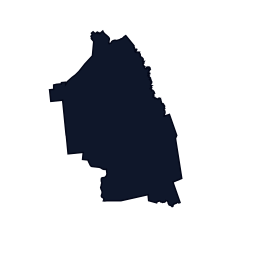 Palmerston North City, Manawatu-Wanganui, New Zealand (Albers equal-area conic projection), rotated 306°
{"feature_id": "76426892B89930780438599", "entity_name": "Palmerston North City", "entity_type": "district", "adm_level": 2, "iso_a3": "NZL", "parent_name": "New Zealand", "parent_adm1": "Manawatu-Wanganui", "projection": "albers", "projection_center": [175.702, -40.399], "detail": "fine", "context": "isolated", "style": "filled", "palette": "ink", "viewbox_px": 256, "rotation_deg": 306, "n_neighbors": 0, "source": "geoboundaries", "source_scale": "gbopen_adm2", "svg_char_len": 5676}
<svg xmlns="http://www.w3.org/2000/svg" viewBox="0 0 256 256"><g transform="rotate(306 128 128)"><path d="M54.6,150.9L55.3,152.0L56.8,153.7L65.1,165.1L85.9,183.4L81.4,187.4L84.3,195.1L84.8,194.9L85.4,195.0L86.3,195.3L86.8,195.9L87.1,195.9L87.7,196.7L87.7,197.4L87.5,198.1L88.0,198.8L88.1,199.7L88.5,199.9L89.5,201.1L90.2,201.4L91.6,201.3L91.6,201.5L92.0,202.3L92.0,203.2L92.1,203.3L91.8,204.0L91.3,204.2L90.6,205.1L90.4,205.7L90.0,206.4L90.0,206.7L90.4,207.7L90.6,208.0L90.4,209.2L90.6,209.5L90.4,209.9L90.7,210.2L91.0,210.3L91.5,210.2L92.0,209.6L93.1,209.9L93.8,210.1L94.2,209.9L94.8,210.8L95.7,211.3L96.2,211.2L96.6,211.4L97.1,212.0L97.1,212.8L97.9,213.7L98.3,213.9L108.9,198.6L110.7,196.1L118.8,201.1L147.5,172.5L150.6,171.8L163.3,153.5L158.8,150.4L158.8,150.2L159.1,150.2L159.4,150.5L159.5,150.4L159.5,150.1L160.2,149.6L160.3,149.4L160.8,149.3L160.9,149.0L161.6,149.1L161.8,148.9L162.0,149.0L163.2,148.0L163.5,147.6L163.6,146.9L163.5,146.7L163.4,146.4L163.6,146.2L164.2,146.1L165.1,146.3L165.1,145.9L165.3,145.9L165.7,145.4L166.0,145.4L166.1,145.2L167.2,144.8L167.4,144.4L167.2,144.0L167.1,143.8L167.2,143.7L167.2,143.3L167.7,143.4L167.8,143.0L168.0,142.9L168.2,142.6L168.2,142.3L167.9,142.1L168.0,141.9L167.8,141.8L167.9,141.3L167.5,141.0L168.0,140.4L168.2,140.1L168.2,139.8L168.7,139.6L169.4,138.6L170.1,138.0L170.2,137.5L170.3,137.3L170.9,136.9L170.7,136.7L170.6,136.4L170.7,136.0L170.4,135.6L170.2,135.6L170.0,135.4L169.9,135.5L169.7,135.5L169.3,135.2L168.7,135.3L168.6,135.1L168.7,134.8L168.5,134.6L168.5,134.4L168.6,134.1L168.6,133.8L168.3,133.0L167.8,132.8L167.5,132.2L167.8,132.0L168.1,132.1L168.5,131.8L168.1,131.1L168.1,130.9L168.3,130.7L168.2,130.5L167.9,130.3L168.7,129.9L168.7,129.6L169.2,129.8L169.4,129.6L169.5,129.7L169.9,129.3L170.2,128.9L170.3,128.9L170.2,128.5L170.3,128.4L171.0,128.4L171.2,128.6L171.5,128.5L171.7,128.8L171.8,128.6L172.1,128.5L172.2,128.3L172.3,128.2L172.4,127.8L172.5,127.5L172.7,127.4L172.8,127.1L172.6,127.0L172.7,126.7L173.0,125.7L172.7,125.2L172.4,125.1L172.6,125.0L172.6,124.8L172.9,124.4L172.9,123.9L172.7,123.3L172.9,123.2L173.0,123.0L173.0,122.8L174.0,122.6L173.8,123.0L174.1,123.5L174.6,123.5L174.7,123.3L174.8,123.0L175.0,122.7L175.1,122.2L175.6,122.1L176.1,122.3L175.8,121.7L175.8,121.2L176.6,120.8L176.9,120.4L177.4,120.5L177.7,120.3L178.0,120.5L178.1,120.3L178.4,120.3L178.7,120.4L179.4,119.9L179.4,119.6L179.2,119.5L179.3,119.0L179.5,118.9L179.4,118.7L179.5,118.4L180.0,118.7L180.3,118.6L180.1,117.3L180.4,117.5L180.6,117.5L180.9,117.2L181.2,117.1L181.3,117.1L181.6,116.8L181.7,116.6L181.6,116.2L181.3,115.9L181.4,115.6L181.7,115.5L181.5,114.8L181.5,114.5L181.8,114.3L182.1,114.3L182.7,114.5L182.8,114.1L182.3,113.4L182.8,113.4L183.1,113.0L183.4,112.9L183.6,113.0L184.2,113.5L184.3,113.2L185.0,113.5L185.1,113.4L185.0,113.1L184.6,112.3L184.7,112.1L184.5,111.9L184.8,111.8L185.1,111.8L185.3,112.0L185.5,111.8L185.9,111.3L186.3,111.4L186.7,111.6L186.8,111.6L186.8,111.4L187.4,110.9L187.6,111.0L187.7,110.8L187.9,110.9L188.0,111.1L187.9,111.4L188.4,111.5L188.4,111.2L188.7,111.1L188.6,110.9L188.8,110.7L189.2,110.7L189.3,110.6L189.1,110.5L189.1,110.3L189.2,110.0L189.4,109.8L189.7,109.6L189.7,109.3L189.5,109.2L189.4,108.9L189.3,109.1L189.0,109.0L188.7,109.0L188.3,108.1L188.2,108.5L187.9,108.7L187.6,108.5L187.4,107.9L187.0,108.2L186.8,108.2L186.7,108.1L186.8,107.9L186.4,107.6L186.2,106.8L186.3,106.5L186.2,106.3L186.9,105.9L187.3,105.5L186.9,105.1L186.9,104.7L187.1,104.4L187.4,104.6L187.6,104.4L187.4,104.0L187.5,103.8L187.7,103.6L187.9,103.0L188.1,103.0L188.4,102.6L188.5,102.6L188.5,102.4L188.9,102.3L189.2,102.5L189.2,102.2L189.4,102.2L189.6,102.0L189.6,101.9L190.0,101.9L190.3,102.1L190.4,101.7L190.5,101.6L190.9,101.9L191.3,101.9L190.8,101.3L190.8,100.9L191.0,100.9L191.1,100.7L190.9,100.5L191.2,100.2L191.5,100.3L191.6,100.1L192.1,100.2L192.9,99.4L193.2,97.6L193.0,96.1L194.9,94.4L195.2,93.2L195.7,92.9L195.4,92.6L195.4,92.3L195.6,92.3L195.3,92.0L195.4,91.8L195.4,91.7L195.0,91.5L194.9,91.2L194.6,91.1L194.4,90.8L194.7,90.6L194.5,90.2L194.1,90.0L194.0,89.8L194.3,89.8L194.1,89.1L194.1,88.7L194.3,88.5L194.5,88.6L195.2,88.7L195.5,89.0L195.8,89.1L196.3,89.0L196.4,88.9L196.8,88.8L196.8,88.7L196.6,88.6L196.1,88.6L196.1,88.4L195.7,88.4L195.7,88.1L195.9,87.9L195.7,87.7L195.8,87.5L196.0,87.2L195.8,86.6L196.0,86.4L196.0,86.2L196.3,85.9L196.5,85.9L196.6,85.5L197.0,85.5L197.0,84.9L197.5,84.8L197.8,84.4L198.1,84.4L201.4,71.9L199.6,71.2L198.5,71.1L196.7,70.6L196.1,70.0L194.6,69.4L192.3,67.6L191.7,66.8L191.6,66.3L190.9,65.4L189.6,64.5L189.2,64.3L188.3,64.1L187.0,64.3L186.3,64.2L185.6,63.2L185.1,63.2L185.2,62.7L185.5,62.3L187.0,61.6L187.7,61.2L188.6,60.9L189.5,60.2L189.8,59.5L190.1,58.4L190.1,57.7L190.3,56.5L190.3,55.8L190.4,55.2L190.4,54.7L190.5,53.4L191.0,51.6L191.6,50.6L189.1,50.0L187.8,49.8L188.0,48.3L186.8,48.1L187.1,47.2L187.4,46.7L186.1,46.4L185.0,45.8L185.3,43.2L183.2,42.7L182.4,44.4L180.5,44.1L179.1,46.4L178.7,46.1L177.9,49.4L165.5,56.8L154.4,55.5L145.0,55.1L140.1,54.3L136.2,53.1L130.4,51.8L126.7,51.9L128.4,50.7L125.6,47.5L124.6,48.2L121.3,44.5L119.1,42.6L115.6,45.2L112.8,42.1L112.2,42.7L104.2,49.9L112.1,58.8L85.8,82.2L85.7,82.5L71.9,94.7L81.4,105.4L81.9,106.2L75.9,109.7L78.6,114.3L77.5,116.1L75.8,119.3L75.6,119.8L75.5,120.4L75.5,121.0L75.8,121.6L79.4,127.9L79.8,129.4L79.9,131.4L80.3,132.7L81.2,134.0L81.9,134.8L78.6,137.9L77.0,138.6L75.1,138.5L74.6,138.3L73.7,137.7L73.2,137.0L72.4,136.3L71.8,136.1L71.3,136.3L70.4,136.8L69.2,137.8L68.2,139.2L66.9,139.6L65.3,140.4L63.9,140.8L62.8,142.1L62.4,143.0L61.7,144.0L60.8,144.9L59.8,145.5L57.9,146.1L57.3,146.4L57.0,146.9L56.8,147.3L56.7,147.7L56.9,149.4L56.6,150.0L56.1,150.4L54.6,150.9Z" fill="#0f172a" stroke="#020617" stroke-width="1.5"/></g></svg>